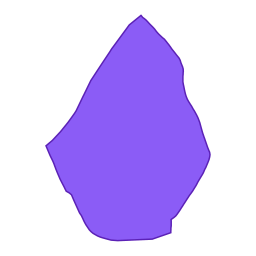 the district of Dhi Na'im, Al Bayda', Yemen
{"feature_id": "15242507B90989220984962", "entity_name": "Dhi Na'im", "entity_type": "district", "adm_level": 2, "iso_a3": "YEM", "parent_name": "Yemen", "parent_adm1": "Al Bayda'", "projection": "natural_earth1", "projection_center": [45.475, 14.11], "detail": "fine", "context": "isolated", "style": "filled", "palette": "violet", "viewbox_px": 256, "rotation_deg": 0, "n_neighbors": 0, "source": "geoboundaries", "source_scale": "gbopen_adm2", "svg_char_len": 2328}
<svg xmlns="http://www.w3.org/2000/svg" viewBox="0 0 256 256"><path d="M46.0,145.8L50.0,155.3L51.0,157.4L52.0,159.4L53.0,161.5L54.0,163.9L54.8,166.2L55.5,167.9L55.6,168.4L56.7,171.1L57.8,173.8L58.9,176.3L59.9,178.7L61.0,180.9L61.2,181.3L62.7,184.2L64.1,186.9L65.3,189.4L65.9,190.5L66.2,191.2L69.4,193.0L71.5,194.8L73.8,200.2L79.5,212.8L80.0,213.6L81.4,215.6L82.1,217.1L82.6,218.1L83.9,221.0L85.1,223.3L85.9,224.7L86.2,225.2L87.7,227.4L89.3,229.8L91.1,231.7L93.0,233.3L95.4,234.7L97.7,236.0L98.0,236.1L100.1,237.0L102.3,237.7L106.2,238.8L111.1,240.1L117.6,240.6L152.3,239.1L170.8,232.7L170.8,231.1L170.9,230.0L170.9,228.2L171.2,225.8L171.2,223.4L171.2,221.1L171.1,219.5L171.8,219.0L173.9,217.5L175.7,216.0L177.2,214.1L178.8,211.8L180.1,209.9L181.4,207.8L181.6,207.5L182.3,206.5L182.6,206.0L183.9,203.9L184.6,202.9L185.3,201.8L186.7,199.6L188.0,197.6L189.5,195.3L190.8,193.6L192.6,191.1L193.8,189.1L195.1,187.0L195.4,186.6L196.6,184.5L197.7,182.3L198.8,180.4L200.3,177.9L201.5,175.9L201.9,175.3L202.7,173.9L202.9,173.6L203.1,173.2L203.8,171.7L204.7,169.5L205.8,167.5L206.7,165.3L207.8,162.7L209.0,159.6L209.7,156.9L210.0,154.6L209.6,152.2L208.7,150.1L207.7,147.6L206.9,145.3L206.0,142.7L205.2,140.4L205.0,139.8L204.8,139.2L204.4,138.0L204.3,137.9L203.6,135.8L202.7,133.2L201.9,130.4L201.2,127.9L200.5,125.3L199.8,122.7L199.0,120.5L198.0,117.9L196.7,115.2L195.5,113.0L194.4,111.0L193.0,108.8L191.7,106.4L190.0,103.8L188.5,101.4L187.3,99.2L186.2,96.5L185.5,94.3L185.3,93.5L184.9,91.9L184.3,89.1L183.8,86.5L183.3,84.2L182.9,81.8L182.9,79.3L182.9,78.4L182.9,76.5L183.1,74.3L183.1,74.0L183.2,71.8L183.3,71.5L183.2,70.0L183.2,69.5L183.2,69.1L182.7,67.3L182.6,66.9L181.9,65.2L180.9,62.7L180.2,60.3L179.0,58.0L177.6,56.3L176.2,54.6L175.7,53.9L174.7,52.6L173.1,50.6L172.6,50.0L171.6,48.7L170.4,46.9L169.5,45.7L168.8,44.7L167.4,43.0L166.2,41.4L166.0,41.2L164.4,39.2L162.4,37.6L160.6,35.9L159.0,34.4L157.8,33.1L157.5,32.8L156.1,31.1L154.7,29.2L154.0,28.4L152.7,27.0L151.1,25.4L149.5,23.8L147.8,21.9L146.0,20.0L144.3,18.6L142.6,17.4L141.3,15.7L141.0,15.4L129.9,24.4L129.2,25.0L127.4,27.5L113.8,46.0L111.7,48.8L111.5,49.2L111.1,49.7L110.1,51.4L103.9,60.7L102.1,63.4L98.6,68.7L90.8,80.6L83.5,95.6L83.4,95.7L76.2,110.7L74.5,113.4L71.5,117.6L68.1,122.3L60.5,131.7L52.4,140.4L46.0,145.8Z" fill="#8b5cf6" stroke="#5b21b6" stroke-width="1.5"/></svg>